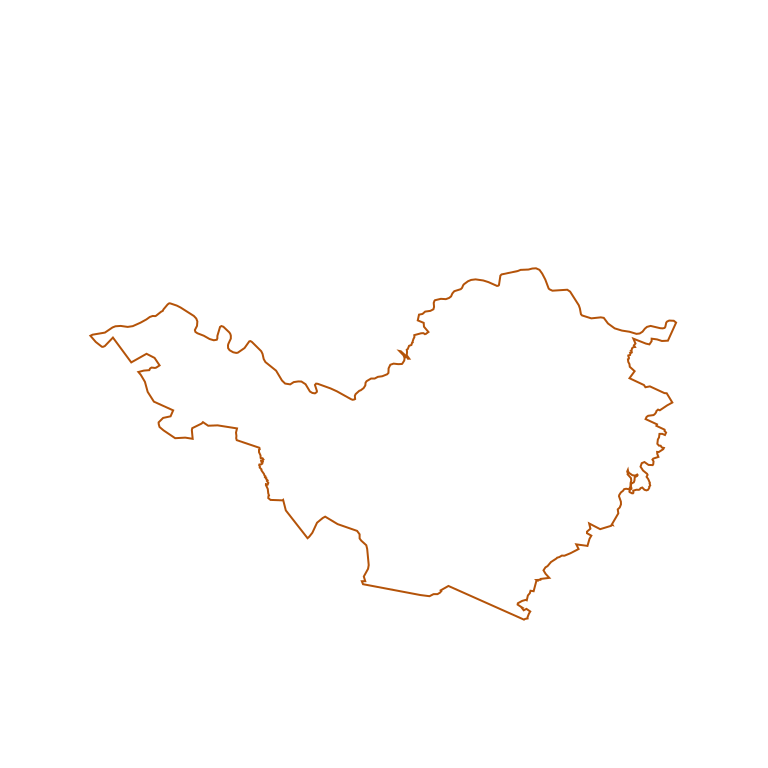 the district of Raiskuma pag., Pargaujas, Latvia, rotated 207°
{"feature_id": "27541924B87883803055955", "entity_name": "Raiskuma pag.", "entity_type": "district", "adm_level": 2, "iso_a3": "LVA", "parent_name": "Latvia", "parent_adm1": "Pargaujas", "projection": "robinson", "projection_center": [25.193, 57.347], "detail": "fine", "context": "isolated", "style": "outline", "palette": "amber", "viewbox_px": 768, "rotation_deg": 207, "n_neighbors": 0, "source": "geoboundaries", "source_scale": "gbopen_adm2", "svg_char_len": 6166}
<svg xmlns="http://www.w3.org/2000/svg" viewBox="0 0 768 768"><g transform="rotate(207 384 384)"><path d="M107.7,434.8L108.7,437.4L110.5,438.5L110.2,439.8L106.4,443.6L108.8,445.8L109.8,447.5L108.3,448.1L105.6,452.7L105.6,454.1L107.7,453.6L109.5,454.6L111.0,453.9L113.3,454.8L114.8,458.9L114.7,461.3L115.9,464.6L113.5,465.9L110.5,466.1L110.6,468.8L112.7,469.5L112.9,470.4L113.4,470.7L122.3,470.4L122.4,472.0L135.0,471.5L135.1,473.9L134.2,475.6L129.7,478.7L129.0,480.4L128.7,482.2L129.0,483.5L128.2,485.6L126.3,485.8L122.0,493.5L118.7,498.4L127.9,504.1L130.0,503.2L146.0,502.6L149.6,499.8L151.9,501.1L167.9,500.6L166.5,509.2L172.8,510.9L174.4,513.2L176.3,514.5L177.9,516.8L177.4,517.5L177.5,518.4L179.2,520.0L179.3,520.4L177.9,521.6L178.3,522.6L178.1,523.5L178.7,523.8L177.6,524.7L178.4,525.8L179.0,525.9L178.7,526.5L179.2,528.4L178.5,530.1L177.2,530.9L178.9,531.9L178.3,534.2L182.4,537.6L169.0,538.9L165.5,539.8L165.0,543.6L166.1,545.9L160.9,547.7L155.9,548.5L150.7,551.5L151.6,571.3L154.5,571.9L158.7,570.0L160.1,568.2L160.4,566.9L159.3,562.6L159.5,561.3L160.9,560.1L163.3,559.1L172.8,556.8L175.6,554.3L176.7,551.7L177.4,548.0L179.1,545.1L181.8,543.3L189.0,542.0L196.3,539.6L203.7,538.3L211.9,539.6L218.2,542.7L221.1,541.8L229.1,536.6L238.7,535.0L240.2,535.6L243.8,540.3L246.2,542.6L260.1,550.8L263.5,551.2L276.3,543.6L279.4,543.5L280.6,543.8L287.7,550.3L293.2,554.2L297.3,556.3L301.1,556.1L304.3,554.2L307.2,551.6L314.1,547.7L316.1,545.4L329.0,535.0L329.5,533.4L326.5,524.4L326.7,523.6L327.8,522.7L337.2,522.2L342.6,521.3L349.9,518.8L353.6,516.3L355.8,513.7L358.0,509.3L358.3,508.0L358.1,505.0L358.7,503.3L363.5,498.6L364.2,495.7L364.0,492.5L365.1,490.2L367.4,487.7L372.0,485.7L376.6,481.8L376.8,481.0L376.5,478.8L374.4,475.4L373.9,473.0L375.9,470.2L380.2,467.2L381.5,463.9L384.3,461.7L382.8,456.0L376.4,456.5L374.4,453.2L368.0,450.5L369.8,447.0L369.4,446.9L371.9,447.2L373.9,446.1L379.2,441.3L378.2,439.6L378.2,437.5L377.7,434.5L377.3,434.1L377.7,433.4L377.3,431.2L379.0,429.4L378.7,425.9L379.3,424.9L378.0,423.0L376.8,419.9L373.0,418.0L374.1,417.4L374.4,417.7L374.0,417.9L374.7,418.5L376.9,417.6L378.8,419.4L383.9,420.8L385.3,420.4L379.6,418.4L377.5,416.5L376.6,414.1L376.9,410.8L377.1,410.0L380.2,408.2L384.7,406.5L387.1,404.0L387.0,400.0L385.1,395.9L385.6,394.1L389.1,390.1L392.7,387.6L394.8,384.6L398.0,383.0L400.8,378.6L401.0,376.8L400.0,374.2L400.3,371.1L401.9,367.8L402.9,366.8L404.7,362.1L404.6,360.2L402.9,357.5L403.6,356.6L404.8,355.7L406.3,355.5L422.7,356.1L429.6,355.8L443.1,354.1L444.7,353.5L445.1,351.8L440.5,347.2L440.3,346.1L441.3,344.3L443.8,343.5L446.6,343.7L453.8,348.2L458.7,348.7L461.5,347.4L465.3,344.7L467.4,341.1L472.3,339.5L476.5,340.8L486.2,346.9L499.6,349.7L502.5,351.6L505.9,355.7L508.3,357.5L520.8,361.5L522.5,361.6L523.4,360.8L524.6,352.7L528.5,345.5L529.8,344.6L532.8,343.8L536.9,344.0L539.2,345.2L540.6,347.7L540.9,349.2L541.1,354.9L542.4,357.5L543.5,358.7L545.1,359.7L553.1,362.1L555.2,361.8L556.0,360.4L554.3,351.2L553.2,349.0L553.1,347.5L555.5,345.7L559.8,344.9L566.5,345.2L573.3,344.5L575.7,344.8L577.0,346.2L577.0,350.9L578.7,355.0L581.0,357.1L584.3,358.3L599.9,359.8L604.2,359.8L611.0,358.8L612.0,358.4L612.9,356.7L614.4,350.2L614.3,348.7L615.3,347.4L618.1,341.3L618.7,340.6L621.0,339.6L623.1,337.4L625.0,333.7L628.8,328.1L634.1,321.5L638.3,318.5L645.0,316.2L649.5,313.5L651.6,311.1L656.0,303.1L666.1,295.6L667.5,293.7L659.9,290.6L652.3,289.1L651.3,289.5L650.0,291.0L646.6,302.3L619.0,288.5L609.3,303.1L600.3,303.1L592.4,298.7L594.4,295.2L595.4,294.3L598.6,293.1L599.5,291.5L599.4,289.8L604.1,286.9L608.3,283.2L604.8,281.7L598.0,277.4L591.0,269.7L581.0,263.8L559.9,264.8L559.5,258.3L565.4,253.5L567.4,247.5L566.6,246.1L564.5,243.8L559.4,242.6L545.5,240.9L536.7,246.0L529.6,248.3L534.3,255.7L534.8,257.6L528.5,266.0L528.0,267.8L521.7,267.0L513.5,271.6L494.8,277.7L493.8,273.5L491.9,270.7L491.1,268.6L489.7,267.1L466.1,270.6L465.1,269.4L465.5,268.6L464.4,266.5L461.6,264.3L460.7,262.6L460.2,262.0L458.5,262.7L457.2,262.0L457.7,261.3L457.0,260.4L458.6,259.8L457.9,258.9L456.5,258.7L456.3,257.8L456.9,256.7L458.5,255.7L458.4,255.0L457.1,254.1L456.8,253.1L454.4,252.3L454.0,251.4L450.0,249.3L449.0,248.2L447.7,247.9L447.7,246.9L446.2,246.7L446.2,246.1L444.0,245.3L444.3,244.4L442.2,243.4L442.0,241.7L443.7,241.2L443.5,240.8L442.7,240.7L442.5,240.3L442.9,240.0L439.9,237.7L437.5,234.0L435.8,232.4L436.1,231.7L435.3,229.8L432.5,229.2L421.7,234.2L421.3,235.0L414.1,226.8L382.1,211.9L381.3,213.9L380.3,218.9L380.7,230.0L377.8,236.7L376.2,239.1L361.7,238.1L341.3,240.9L337.5,239.0L335.6,235.3L333.2,234.1L326.6,232.3L324.1,229.4L315.4,215.7L314.3,212.1L314.6,203.3L311.2,199.8L314.2,198.2L311.8,196.1L255.7,212.5L247.1,215.6L244.5,219.2L240.9,221.1L239.4,223.5L238.9,225.5L239.8,225.9L234.9,233.3L152.3,237.6L151.6,238.8L149.6,240.3L150.2,241.2L150.6,245.2L150.4,247.7L155.0,248.3L156.8,245.8L159.6,247.1L159.2,247.5L164.8,248.1L165.2,249.4L162.4,253.5L159.7,256.0L158.6,256.1L159.8,260.9L159.1,263.8L159.6,266.3L156.6,267.3L158.9,277.9L158.4,278.2L159.3,278.5L155.7,280.6L156.0,281.4L148.7,286.3L153.8,288.2L157.3,290.4L156.9,293.9L155.6,296.0L154.4,301.2L151.1,306.9L150.9,307.8L149.2,309.4L147.7,311.8L145.2,313.0L141.1,317.8L135.7,325.3L139.9,328.4L129.2,332.1L130.6,339.3L130.4,343.0L135.4,343.2L136.1,344.6L134.4,348.8L137.9,352.9L125.5,352.8L117.3,360.7L117.3,361.9L116.3,362.1L117.2,362.7L116.5,375.1L118.8,378.4L117.9,381.0L118.2,384.3L119.5,386.7L123.7,390.7L124.0,391.9L123.7,394.9L122.5,397.5L122.3,399.3L120.7,400.6L117.8,401.5L117.9,404.6L119.4,407.9L119.9,410.3L121.3,412.3L125.9,414.1L125.9,414.7L127.6,416.5L127.7,418.1L126.8,416.9L125.1,416.0L121.3,415.5L118.6,416.4L117.3,418.3L116.7,418.0L116.7,417.0L118.3,414.8L117.0,411.7L116.8,409.8L118.5,407.5L117.6,405.0L116.2,403.5L116.0,402.8L116.9,401.2L116.6,399.7L116.1,399.2L113.3,399.2L112.5,399.7L112.4,400.3L113.5,402.1L111.1,404.4L108.9,405.4L108.3,406.2L108.1,407.7L106.9,409.0L103.9,408.0L101.8,408.4L100.7,409.6L100.5,412.0L101.1,412.9L100.7,414.4L102.3,416.1L102.2,416.6L105.5,419.3L107.9,420.5L107.9,422.7L108.8,423.4L113.9,424.5L117.9,426.8L118.4,430.5L116.5,432.7L111.6,432.0L107.8,433.7L107.7,434.8Z" fill="none" stroke="#b45309" stroke-width="2"/></g></svg>